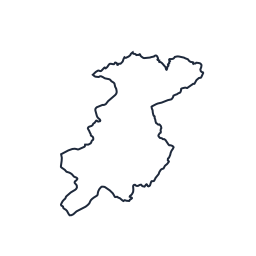 map outline of Ghor (Natural Earth projection), rotated 335°
{"feature_id": "AFG-1747", "entity_name": "Ghor", "entity_type": "Province", "adm_level": 1, "iso_a3": "AFG", "parent_name": "Afghanistan", "parent_adm1": "", "projection": "natural_earth1", "projection_center": [65.091, 34.196], "detail": "fine", "context": "isolated", "style": "outline", "palette": "slate", "viewbox_px": 256, "rotation_deg": 335, "n_neighbors": 0, "source": "natural_earth", "source_scale": "10m", "svg_char_len": 5815}
<svg xmlns="http://www.w3.org/2000/svg" viewBox="0 0 256 256"><g transform="rotate(335 128 128)"><path d="M200.5,83.4L202.8,83.9L204.2,84.6L208.4,87.8L209.5,89.2L211.3,91.0L211.7,92.8L212.0,93.5L212.5,94.3L213.0,94.8L214.3,95.6L214.8,96.1L214.2,97.1L214.3,97.5L215.0,97.4L216.0,97.9L216.4,98.0L217.5,97.7L219.6,99.0L220.8,100.1L221.0,100.6L221.2,101.6L221.2,102.0L221.0,102.4L220.0,103.9L218.5,105.3L218.3,105.6L218.0,107.1L218.3,108.1L218.5,108.4L219.4,109.2L219.4,109.9L216.3,112.6L215.6,113.0L215.2,113.2L213.6,112.7L213.2,112.7L210.4,113.5L209.9,113.8L206.9,116.0L205.7,115.5L199.4,116.6L198.7,116.8L198.2,116.6L197.3,115.8L196.3,115.4L193.7,114.9L193.0,114.9L192.6,115.1L192.1,116.1L191.1,117.3L190.2,117.9L189.7,117.9L188.3,117.8L186.5,118.1L185.1,117.9L182.9,117.9L181.7,119.2L180.2,120.1L179.6,120.2L179.1,120.3L175.9,119.6L169.2,119.2L165.4,118.4L163.5,118.3L158.8,118.5L158.3,118.7L157.8,120.7L157.8,121.7L157.8,122.2L157.0,124.5L156.5,126.9L156.5,127.9L156.9,128.3L157.0,128.6L157.0,128.9L156.4,130.1L156.3,130.6L156.3,131.7L155.7,133.9L155.6,135.5L156.0,136.0L156.2,136.4L156.8,137.7L157.1,137.9L157.9,138.0L158.2,138.5L158.6,140.3L158.3,141.8L157.9,142.5L157.3,142.8L156.5,144.0L156.2,145.2L155.7,146.0L154.4,146.2L152.7,147.3L152.3,147.8L152.2,148.4L152.4,149.3L152.6,150.1L152.7,150.4L154.2,151.5L154.5,151.9L154.8,152.7L155.1,153.0L156.0,153.3L156.6,154.2L156.9,154.8L157.7,160.1L158.1,161.1L159.2,161.6L160.0,162.3L160.7,163.1L161.0,163.7L161.2,164.4L161.2,164.7L161.0,164.9L159.8,165.9L158.0,166.9L156.3,168.4L154.8,170.3L153.2,171.7L152.8,172.1L152.5,172.3L151.5,172.5L151.2,172.7L150.4,174.1L150.4,174.3L150.7,174.6L150.8,174.8L150.8,175.8L148.8,176.9L147.8,177.3L146.4,177.6L145.3,178.0L143.1,179.7L141.2,179.5L140.1,179.7L137.9,181.1L137.1,181.9L136.2,182.8L131.8,184.9L131.6,185.2L130.2,186.2L129.7,186.7L129.3,186.9L128.9,186.9L128.0,186.7L127.2,186.3L126.9,186.2L126.5,186.4L125.8,187.0L123.8,189.2L122.9,189.6L121.8,189.5L121.4,189.0L121.3,187.5L121.1,186.9L120.4,186.9L118.2,188.1L116.6,186.9L116.2,186.1L116.1,185.4L115.9,184.9L115.0,184.6L113.3,184.6L112.6,184.7L112.3,184.6L111.2,184.0L110.8,183.5L110.4,182.5L110.1,182.3L109.4,182.1L108.5,182.4L108.0,183.0L106.8,186.1L106.0,187.5L105.6,188.1L104.4,189.1L103.5,189.7L102.6,190.1L101.2,190.4L100.6,190.9L100.5,191.0L100.7,191.3L101.9,192.7L102.0,193.0L101.9,193.3L101.2,193.6L99.4,193.8L98.3,194.6L98.0,194.5L95.9,193.3L94.7,192.2L94.4,192.0L94.1,192.0L93.1,192.3L92.8,192.0L92.4,191.4L91.0,188.3L90.6,187.8L89.7,187.0L89.4,186.1L89.2,185.8L88.8,185.6L88.3,185.6L87.9,185.5L87.2,185.1L87.0,184.9L86.9,184.6L86.9,183.1L86.7,182.0L86.7,181.0L85.1,176.8L82.2,171.9L81.4,171.1L79.5,170.1L78.3,170.3L76.0,171.4L74.3,172.8L73.3,174.0L72.5,175.3L71.9,175.9L71.1,176.2L67.7,176.6L65.5,177.1L63.9,177.7L62.9,178.4L61.0,180.0L58.9,180.8L56.3,181.4L46.1,181.8L42.2,183.0L41.5,183.1L39.8,183.1L38.2,182.4L37.9,181.2L37.7,178.9L37.7,177.7L37.4,176.7L37.1,175.8L36.1,174.3L35.7,173.6L35.6,173.0L35.9,171.8L35.7,171.3L35.5,171.0L34.9,170.3L34.8,170.1L34.8,169.5L34.9,169.1L35.6,168.4L37.7,166.8L39.7,165.9L40.6,165.7L41.3,165.4L42.1,164.8L42.6,164.2L43.4,163.8L49.0,162.2L53.9,161.7L55.3,161.3L56.5,160.4L57.2,158.7L57.2,157.8L56.5,155.3L56.7,154.6L57.3,154.0L58.8,153.7L59.9,153.2L60.4,152.9L60.7,152.4L60.6,151.8L60.1,151.0L58.7,149.5L58.4,149.0L57.7,146.4L57.3,145.6L56.7,144.6L55.8,143.5L53.8,141.7L53.6,141.2L53.2,139.7L52.9,139.0L50.9,135.5L50.8,134.9L51.1,134.2L54.0,129.7L55.4,127.1L56.3,123.5L64.5,123.1L68.7,123.5L71.0,124.3L72.5,125.4L73.4,126.2L74.2,126.5L80.6,126.6L81.3,126.2L81.6,125.6L82.1,124.9L84.9,126.2L85.2,126.3L86.1,126.2L87.7,126.1L88.6,125.5L89.3,124.7L90.1,124.2L90.6,124.0L91.2,124.0L91.6,123.7L91.9,123.3L92.3,122.3L92.3,121.6L92.3,121.0L92.1,120.6L91.3,119.4L91.2,119.0L91.6,117.9L91.6,117.5L91.5,116.0L91.6,114.4L91.4,112.1L91.5,111.3L91.8,111.0L92.1,110.7L93.3,110.4L95.7,110.7L97.0,110.5L98.2,109.5L98.8,109.3L99.9,109.2L102.2,107.9L102.8,108.1L103.2,109.0L103.7,109.6L105.5,110.0L105.8,109.8L106.0,109.6L106.1,109.1L106.0,108.2L105.2,106.4L104.9,105.4L104.9,103.8L105.8,98.5L106.1,97.6L106.8,96.7L107.4,96.4L108.4,96.0L114.6,96.3L115.8,96.9L117.5,97.0L118.1,96.9L121.4,95.2L130.4,92.7L131.9,91.9L132.2,91.5L132.6,91.2L133.3,89.8L133.9,87.4L133.8,85.2L134.5,81.9L134.3,81.2L134.0,80.5L133.1,79.2L132.7,78.5L132.5,77.8L132.4,77.3L132.1,76.5L131.4,75.7L128.3,73.4L127.9,73.0L126.7,71.2L125.5,69.8L125.0,69.5L124.4,69.3L123.1,69.4L122.8,69.3L120.3,67.8L119.6,67.0L118.6,64.9L122.4,63.6L124.8,63.3L125.6,63.5L126.8,64.6L127.3,64.9L127.7,64.9L128.0,64.9L131.8,63.4L132.3,63.3L132.5,63.4L132.6,63.5L132.6,64.2L132.7,64.4L133.0,64.5L134.9,64.0L137.4,62.5L138.3,62.2L138.8,62.2L139.1,62.3L140.3,63.0L141.2,63.7L142.1,64.2L142.9,64.0L143.8,63.3L144.3,63.4L144.8,63.9L145.3,64.8L145.3,65.2L145.0,65.9L145.0,66.2L145.4,66.5L146.8,65.9L147.0,65.9L148.1,66.5L148.8,66.5L151.3,65.5L153.1,63.6L154.7,62.4L155.3,63.3L155.7,63.5L158.7,63.5L160.7,63.0L161.0,62.8L161.6,62.3L162.0,62.0L163.7,61.5L164.3,61.4L164.1,62.4L164.2,62.9L164.5,63.1L165.7,63.9L166.1,64.4L166.3,65.2L166.5,65.5L167.3,65.7L168.6,66.3L169.6,66.0L169.9,66.2L170.0,66.6L169.9,67.7L170.2,68.7L171.2,70.5L171.7,71.1L172.1,71.4L172.5,71.6L177.6,73.4L179.2,73.6L181.7,74.2L182.0,74.1L182.4,73.9L182.8,73.9L183.4,73.9L184.1,74.2L184.5,74.8L184.7,75.4L184.7,77.3L184.5,77.9L183.6,78.4L183.6,78.7L183.7,79.0L184.9,80.0L184.2,81.1L184.3,81.5L185.1,81.8L185.5,82.2L186.3,83.7L187.7,88.7L187.8,89.1L187.4,90.1L187.3,91.1L187.6,91.5L187.9,91.3L188.4,90.9L189.7,89.1L190.0,89.0L190.7,88.8L191.0,88.6L191.1,88.2L191.0,87.6L191.1,87.2L191.5,87.1L192.6,86.9L192.8,86.7L193.0,85.8L194.0,85.4L194.3,85.2L194.1,84.5L194.0,84.0L194.1,83.5L194.3,83.3L194.7,83.1L194.9,83.1L196.5,83.9L197.2,84.1L198.5,84.3L199.1,84.1L200.5,83.4Z" fill="none" stroke="#1e293b" stroke-width="2"/></g></svg>